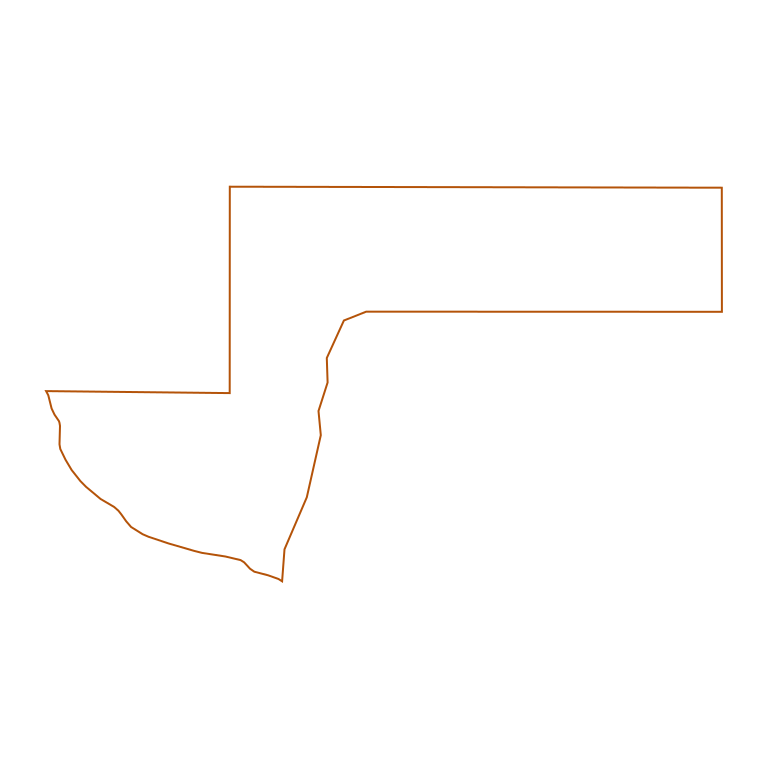 the district of Pepin, Wisconsin, United States of America
{"feature_id": "52423323B37553919302719", "entity_name": "Pepin", "entity_type": "district", "adm_level": 2, "iso_a3": "USA", "parent_name": "United States of America", "parent_adm1": "Wisconsin", "projection": "mercator", "projection_center": [-92.145, 44.546], "detail": "fine", "context": "isolated", "style": "outline", "palette": "amber", "viewbox_px": 768, "rotation_deg": 0, "n_neighbors": 0, "source": "geoboundaries", "source_scale": "gbopen_adm2", "svg_char_len": 666}
<svg xmlns="http://www.w3.org/2000/svg" viewBox="0 0 768 768"><path d="M721.8,187.7L229.8,186.7L229.7,393.1L46.1,391.1L48.3,395.3L51.6,408.5L54.5,414.6L59.0,421.2L59.5,422.9L60.0,425.9L59.5,444.3L60.3,449.0L65.5,459.7L71.7,470.1L80.4,481.1L86.1,486.9L100.6,499.0L114.2,507.0L118.5,510.8L121.4,514.5L126.2,521.3L131.1,527.0L142.6,534.2L148.6,536.8L168.7,543.5L194.2,550.9L202.1,552.9L225.4,556.5L240.6,560.1L244.1,562.3L250.0,568.7L254.3,571.7L268.1,575.3L278.5,579.0L282.1,581.3L284.5,549.3L306.8,497.3L320.8,435.2L318.5,411.0L327.6,382.5L326.8,358.0L343.9,320.5L366.1,311.7L475.6,311.7L721.9,311.8L721.8,187.7Z" fill="none" stroke="#b45309" stroke-width="2"/></svg>